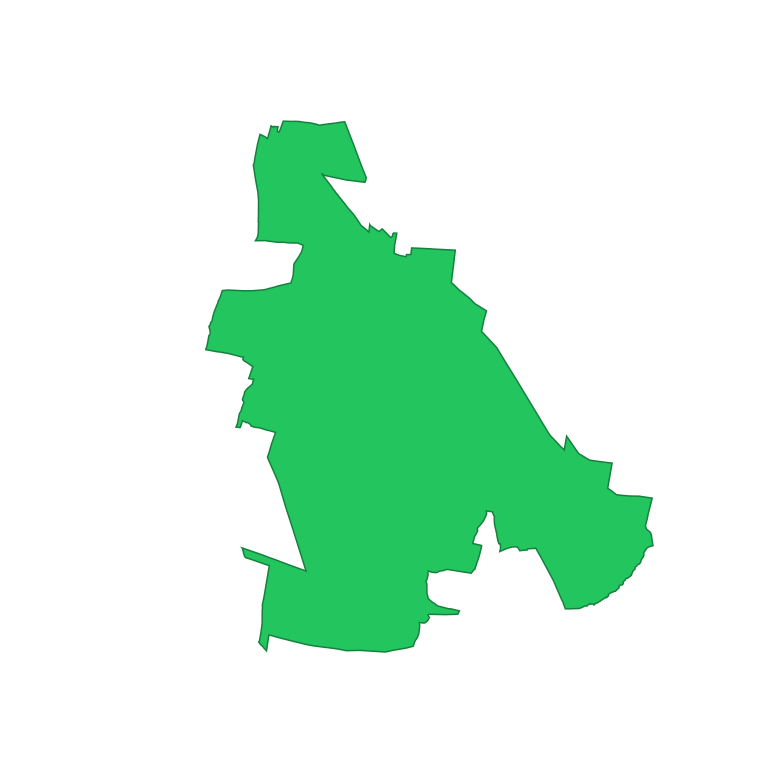 San Pedro Cholula, Puebla, Mexico, rotated 249°
{"feature_id": "50627088B56415606246768", "entity_name": "San Pedro Cholula", "entity_type": "district", "adm_level": 2, "iso_a3": "MEX", "parent_name": "Mexico", "parent_adm1": "Puebla", "projection": "robinson", "projection_center": [-98.345, 19.072], "detail": "fine", "context": "isolated", "style": "filled", "palette": "green", "viewbox_px": 768, "rotation_deg": 249, "n_neighbors": 0, "source": "geoboundaries", "source_scale": "gbopen_adm2", "svg_char_len": 6159}
<svg xmlns="http://www.w3.org/2000/svg" viewBox="0 0 768 768"><g transform="rotate(249 384 384)"><path d="M142.6,370.4L145.2,373.1L150.1,365.9L151.0,363.8L157.7,354.4L160.7,352.7L163.0,350.9L167.5,348.5L169.4,348.6L171.6,349.0L172.8,348.9L176.5,350.4L178.6,351.0L181.4,352.2L182.6,352.4L183.7,352.4L184.5,352.3L185.3,352.7L185.4,353.5L190.0,356.8L191.5,357.0L193.5,358.4L191.4,360.8L189.1,365.2L189.2,367.2L189.3,368.3L189.2,370.0L188.5,372.8L188.4,373.9L188.5,376.0L186.0,380.6L181.8,387.7L176.1,397.7L178.4,401.4L178.4,402.3L184.4,407.2L188.1,410.3L190.9,412.4L197.4,416.9L198.3,417.2L203.3,409.7L209.1,413.9L210.9,416.3L211.8,417.1L212.9,418.5L213.6,418.9L214.3,419.0L214.8,418.8L216.4,420.3L217.6,422.8L219.1,425.5L220.2,427.3L221.5,428.9L225.3,432.8L226.6,433.5L228.9,434.1L225.7,439.5L224.8,439.3L222.5,439.3L221.0,439.6L219.6,439.0L216.7,437.9L212.9,436.8L203.6,435.5L199.9,434.6L199.3,434.7L197.0,434.1L195.4,434.1L194.1,434.0L193.4,434.2L193.4,434.8L193.1,435.2L191.5,434.8L189.9,434.3L188.0,433.4L186.1,432.1L186.4,439.9L185.9,445.4L185.2,447.5L184.4,449.4L183.7,450.2L181.0,450.9L179.8,450.9L179.4,452.1L178.8,454.9L178.0,457.1L177.8,457.9L177.8,458.3L178.4,458.8L178.5,459.4L176.7,465.1L176.5,466.8L164.6,468.6L139.9,471.7L118.1,472.6L116.4,473.0L115.3,472.8L109.1,472.7L108.1,475.3L106.9,478.8L104.5,485.6L104.4,487.8L104.6,489.0L104.6,490.7L104.8,491.3L104.8,491.9L104.2,493.6L104.0,494.3L104.5,494.9L104.7,496.0L105.2,496.9L105.2,497.2L104.6,497.4L103.9,500.3L102.7,500.6L102.5,501.1L103.4,503.0L103.2,504.8L103.7,506.8L103.8,508.2L104.5,510.5L105.2,514.4L105.3,515.0L104.9,515.0L105.0,515.9L105.8,517.7L107.2,518.2L107.4,518.9L107.8,521.5L107.8,524.6L107.6,525.7L109.5,530.3L111.1,531.1L111.4,531.9L111.5,532.8L111.3,533.6L111.1,534.5L111.8,535.8L113.3,536.2L114.7,539.1L115.7,540.0L115.6,540.7L115.4,541.9L116.6,546.1L118.2,547.5L119.9,549.3L120.7,550.0L121.0,551.6L121.4,552.2L122.3,552.3L123.1,553.2L124.0,555.5L124.4,556.3L124.5,558.0L125.1,559.0L125.9,560.0L127.5,561.0L128.9,562.8L129.2,563.6L130.6,564.9L131.5,565.5L132.7,565.7L133.8,566.6L134.3,567.4L136.2,570.0L136.7,570.9L137.0,571.9L137.0,573.2L136.7,577.2L142.2,578.3L146.1,579.2L147.7,579.5L149.2,579.6L150.9,579.1L154.0,577.3L155.1,577.1L157.9,577.2L163.2,581.0L168.5,584.4L181.3,593.5L187.8,582.1L191.4,573.2L194.5,566.8L197.3,561.4L203.2,557.8L206.5,555.5L228.4,568.6L233.6,558.8L239.2,548.7L249.3,540.8L269.8,535.8L257.8,528.6L259.6,528.0L261.4,526.9L276.4,520.7L279.4,520.0L340.8,509.1L360.7,505.3L377.9,502.2L398.2,493.9L408.4,500.5L415.5,505.9L426.2,497.8L427.6,497.1L431.0,495.7L433.0,494.8L440.5,490.5L444.9,487.8L451.4,484.9L454.5,483.2L471.0,492.0L483.4,498.5L492.1,478.9L493.7,475.4L493.8,475.3L501.1,458.6L495.2,455.4L496.8,451.5L496.7,451.3L494.9,450.3L498.4,444.7L501.7,441.0L502.8,440.4L503.1,440.5L508.1,443.0L509.6,443.5L514.5,446.6L520.2,450.0L521.5,447.0L521.3,446.8L520.9,446.0L518.7,444.6L518.5,442.6L520.0,441.9L522.5,441.0L523.0,440.7L524.0,440.4L524.7,440.0L529.5,437.9L528.1,433.9L536.9,427.9L537.9,427.8L531.4,424.4L535.9,422.0L540.1,419.5L540.9,419.2L541.8,419.1L550.2,417.2L553.5,416.3L561.3,413.4L566.2,411.9L566.6,412.0L567.3,411.6L571.3,410.4L572.7,409.9L575.8,408.9L576.9,408.7L577.7,408.3L578.5,408.2L578.7,407.9L581.9,407.1L585.1,406.1L586.8,405.8L592.3,404.2L601.6,401.4L602.2,401.5L600.2,403.0L588.0,421.9L579.2,438.4L580.2,439.6L581.4,440.4L582.4,440.8L582.8,441.4L592.2,441.2L613.1,441.3L614.0,441.4L642.9,441.3L644.4,435.4L644.6,433.9L645.9,428.6L648.0,420.1L648.8,416.0L649.1,415.9L650.4,414.5L653.6,409.7L655.2,406.9L656.5,404.1L657.9,401.5L659.1,399.6L660.8,395.9L662.2,392.0L665.5,384.1L660.2,379.6L656.8,376.5L657.7,375.0L660.4,376.1L662.2,377.2L662.9,375.5L664.0,373.2L663.9,372.9L663.5,372.5L665.5,371.1L659.0,366.4L658.6,365.9L655.5,363.8L655.0,363.1L657.4,361.6L661.5,357.7L653.1,351.8L641.1,344.4L636.7,341.9L635.3,340.5L621.1,337.4L607.7,334.9L600.2,332.6L587.7,327.7L580.0,324.6L579.8,324.9L579.6,324.9L579.2,324.5L569.8,320.6L568.2,319.7L566.1,318.1L563.8,315.3L560.2,325.1L559.4,326.2L554.4,335.5L552.7,340.3L550.0,345.4L547.7,350.9L546.8,353.6L542.4,358.3L537.2,354.7L533.5,350.2L528.9,343.6L528.3,343.0L526.9,342.2L519.1,338.7L517.0,337.5L515.4,336.3L511.7,333.2L513.4,320.8L513.6,318.5L513.6,316.2L514.0,314.8L514.0,313.2L514.3,312.0L514.6,308.1L515.1,305.4L515.1,304.8L515.5,303.8L518.2,294.8L519.5,291.0L521.5,286.0L527.6,272.1L529.2,266.5L525.4,263.5L522.4,260.8L520.8,258.9L520.3,258.8L519.7,258.3L513.0,252.0L508.7,248.6L504.2,245.8L503.7,244.5L503.0,243.8L501.2,242.6L500.7,241.4L500.3,241.2L499.1,240.9L498.4,240.9L498.0,241.0L495.9,240.6L492.9,239.7L491.8,237.7L487.1,235.0L482.9,232.3L480.0,229.9L474.0,239.6L472.8,242.0L468.3,249.5L464.0,255.7L461.4,259.1L459.4,262.4L457.8,261.1L457.3,261.1L455.6,261.7L452.8,264.0L448.1,267.1L447.4,267.8L442.6,263.9L437.5,259.6L435.1,264.0L433.4,262.6L431.0,261.1L429.1,255.6L427.8,252.9L426.4,251.0L423.6,249.2L423.2,248.7L420.5,246.4L419.5,246.2L418.3,246.5L417.4,246.8L415.9,245.7L412.7,242.7L410.1,240.9L408.2,238.4L403.2,235.3L399.4,232.9L396.8,230.4L394.9,233.9L395.0,234.2L395.6,234.9L400.4,238.7L398.9,240.2L397.2,241.6L397.0,242.7L396.3,243.3L394.8,244.3L393.7,244.8L392.4,244.8L390.1,247.6L388.0,251.5L386.3,253.9L383.3,257.6L381.4,260.4L377.7,265.4L368.2,257.4L362.3,253.0L357.3,248.9L333.9,250.0L329.1,250.1L303.9,248.1L303.5,248.1L281.3,246.9L237.3,244.2L248.8,230.9L259.6,218.8L263.1,214.6L267.5,209.8L281.5,193.2L281.8,192.8L281.5,192.9L275.2,192.2L273.9,192.1L271.7,192.4L267.8,197.2L259.0,207.6L255.5,211.8L241.6,203.6L228.1,195.6L221.2,191.2L218.1,190.2L217.0,189.5L216.0,189.1L203.9,184.3L197.6,180.9L190.8,176.9L188.5,175.3L188.1,174.9L187.9,174.5L184.7,175.5L182.1,176.9L180.3,177.3L177.0,178.7L191.0,186.6L182.4,198.3L181.6,199.6L176.8,206.3L167.9,219.2L165.8,222.8L165.6,222.9L159.1,234.9L158.3,236.5L153.8,244.8L148.4,253.5L144.1,265.7L133.4,289.0L132.8,292.3L132.1,297.2L129.5,310.2L128.7,317.3L132.8,320.7L135.4,324.3L138.0,326.7L144.5,330.3L148.6,331.6L146.5,335.6L146.3,336.3L146.8,338.4L147.5,340.1L149.7,342.7L151.6,342.3L152.6,342.3L153.0,342.8L152.0,345.6L146.6,358.9L142.6,370.4Z" fill="#22c55e" stroke="#15803d" stroke-width="1.5"/></g></svg>